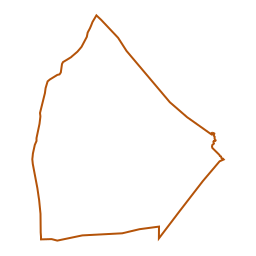 the district of YobokiI, Dikhil, Djibouti
{"feature_id": "41766387B74076707162819", "entity_name": "YobokiI", "entity_type": "district", "adm_level": 2, "iso_a3": "DJI", "parent_name": "Djibouti", "parent_adm1": "Dikhil", "projection": "equal_earth", "projection_center": [42.146, 11.584], "detail": "fine", "context": "isolated", "style": "outline", "palette": "amber", "viewbox_px": 256, "rotation_deg": 0, "n_neighbors": 0, "source": "geoboundaries", "source_scale": "gbopen_adm2", "svg_char_len": 1054}
<svg xmlns="http://www.w3.org/2000/svg" viewBox="0 0 256 256"><path d="M96.4,15.4L92.5,22.0L91.1,25.6L89.9,28.4L87.7,32.5L86.8,36.9L81.5,46.9L77.4,51.7L71.9,56.4L71.2,57.1L63.0,62.1L62.0,64.0L60.8,72.5L59.5,74.4L57.3,74.9L50.0,79.4L49.6,79.7L47.6,81.4L45.6,88.1L44.9,93.3L44.7,94.0L40.0,113.0L40.4,116.2L40.3,117.4L39.5,123.9L36.5,138.1L36.5,141.0L34.8,144.9L32.9,153.6L32.6,156.7L32.3,159.2L32.8,164.0L37.4,188.3L38.6,196.6L39.1,199.8L40.5,213.9L40.7,232.5L41.0,236.6L41.0,237.3L41.0,239.4L51.6,239.1L57.3,240.6L82.3,235.4L122.2,233.3L139.5,229.2L159.0,226.6L158.9,238.4L179.8,210.9L202.9,181.0L219.6,161.3L223.7,159.5L223.0,158.7L221.6,158.3L221.0,156.5L219.9,156.0L219.4,154.9L212.4,148.0L212.0,146.6L212.3,145.0L213.9,143.6L213.4,141.8L213.8,141.0L215.3,140.9L215.6,140.3L215.0,139.9L214.5,138.0L214.7,136.9L214.5,136.5L213.8,135.7L214.3,133.5L213.6,133.1L212.7,133.9L212.0,132.9L211.6,133.1L211.4,134.3L210.7,133.9L198.0,124.9L187.1,117.2L169.9,102.3L126.5,50.9L118.1,37.8L101.1,19.8L96.4,15.4Z" fill="none" stroke="#b45309" stroke-width="2"/></svg>